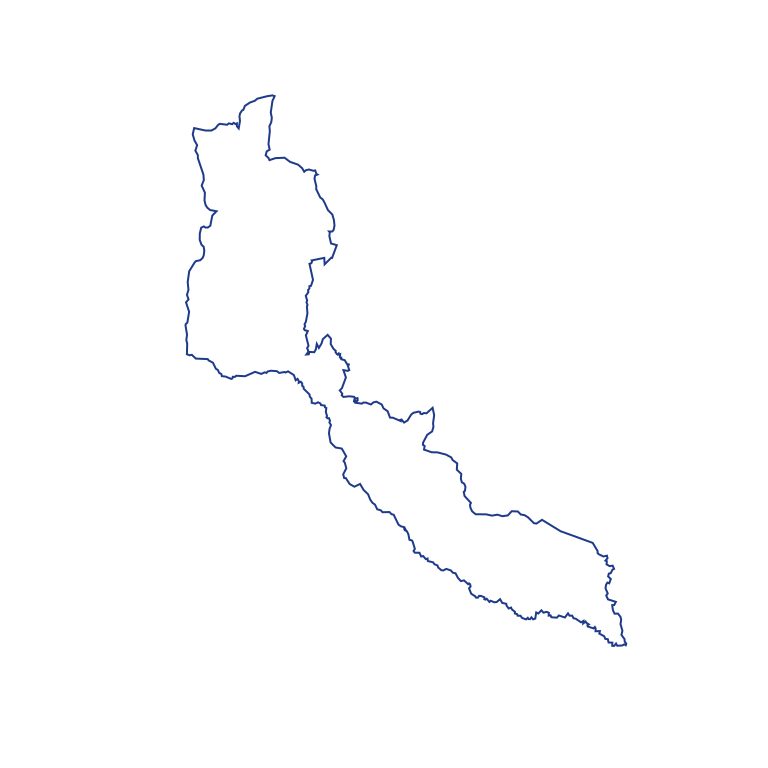 the district of Ibarra, Carchi, Ecuador, rotated 168°
{"feature_id": "8360857B37631210722611", "entity_name": "Ibarra", "entity_type": "district", "adm_level": 2, "iso_a3": "ECU", "parent_name": "Ecuador", "parent_adm1": "Carchi", "projection": "robinson", "projection_center": [-78.188, 0.517], "detail": "fine", "context": "isolated", "style": "outline", "palette": "blue", "viewbox_px": 768, "rotation_deg": 168, "n_neighbors": 0, "source": "geoboundaries", "source_scale": "gbopen_adm2", "svg_char_len": 6145}
<svg xmlns="http://www.w3.org/2000/svg" viewBox="0 0 768 768"><g transform="rotate(168 384 384)"><path d="M406.9,607.2L408.9,607.3L412.8,609.4L415.8,609.4L417.9,608.2L419.2,612.1L422.4,616.4L429.7,620.8L434.2,626.0L443.2,627.5L449.5,626.8L450.0,629.2L452.2,632.3L450.3,636.0L447.1,637.0L447.1,642.7L443.1,655.1L442.5,660.0L439.9,663.4L438.4,667.6L438.3,673.2L434.2,684.2L431.1,688.3L433.2,689.5L438.7,689.8L448.7,689.4L451.4,687.9L456.5,687.2L462.2,685.0L464.6,681.4L466.0,681.1L468.6,678.5L469.7,675.9L470.2,671.2L473.0,664.2L474.3,666.7L473.7,669.5L475.3,669.2L476.8,670.7L478.5,669.7L481.5,671.2L483.5,670.2L490.5,672.6L492.3,672.0L495.8,669.1L500.2,667.8L505.8,669.0L516.5,673.8L519.2,667.9L518.7,661.3L517.1,656.5L520.0,651.5L518.5,646.6L519.1,643.5L517.1,626.4L517.8,621.0L521.1,616.0L519.4,608.4L521.4,600.9L521.3,596.2L520.2,593.2L517.9,590.3L511.9,587.8L516.9,584.5L521.0,574.9L523.8,573.7L526.1,574.2L527.5,575.6L530.3,574.9L532.9,569.5L534.3,563.2L533.5,558.0L531.9,555.9L532.0,552.0L533.5,547.5L535.1,545.1L538.0,543.3L542.5,543.3L543.8,542.4L551.1,534.8L554.8,524.6L555.7,516.7L558.2,512.2L557.6,507.4L560.7,505.0L559.6,495.2L563.6,484.9L565.5,483.8L566.0,482.4L566.4,473.2L568.2,468.2L568.1,464.4L570.6,454.1L568.2,452.5L565.9,452.5L562.8,448.0L551.2,445.0L550.7,443.6L546.9,440.4L545.3,433.9L543.5,432.1L543.0,429.3L541.0,427.5L541.0,425.4L537.4,424.2L532.5,420.8L531.2,420.9L530.4,422.5L528.3,421.9L526.9,422.8L518.3,420.5L507.6,422.7L502.0,419.4L498.4,420.2L496.6,419.3L495.3,420.4L491.9,420.5L486.1,418.8L484.2,416.6L478.7,416.4L478.0,415.7L475.2,416.3L470.3,411.5L469.6,406.0L467.5,407.0L466.7,404.6L467.2,402.9L464.9,403.5L463.9,401.6L464.4,399.2L463.3,398.1L463.5,396.0L459.0,389.2L459.2,387.1L457.9,384.7L458.6,380.6L455.3,379.1L452.3,379.8L450.2,378.1L450.0,376.5L446.5,375.2L446.5,373.4L445.4,372.5L446.7,368.8L446.4,364.5L447.2,363.4L446.4,362.2L444.9,362.0L444.5,359.2L445.4,357.7L444.4,354.8L446.6,351.4L448.1,347.1L448.4,337.9L444.6,332.0L438.7,329.6L436.0,321.1L439.6,317.0L438.7,315.2L438.4,309.4L442.7,304.1L442.5,300.3L440.9,299.9L438.4,293.3L434.3,289.7L428.2,291.2L426.0,284.6L422.5,279.5L421.5,273.8L420.0,270.2L417.9,267.9L416.7,262.9L413.4,261.1L412.1,258.9L405.3,257.6L403.7,255.1L401.7,254.1L399.1,243.5L397.1,241.3L393.9,239.7L393.3,237.7L394.3,237.8L394.1,236.7L392.2,235.2L391.4,231.9L391.5,226.3L389.1,225.1L388.7,223.4L388.1,216.3L389.8,214.5L389.0,212.6L384.4,211.6L383.5,207.5L381.5,207.6L379.5,204.0L377.7,204.2L377.9,201.7L373.1,199.4L372.0,197.1L369.4,195.4L369.1,193.2L366.6,189.9L364.7,189.3L361.6,190.2L357.4,187.8L355.9,185.1L353.4,184.0L352.0,179.0L349.8,175.2L346.6,175.3L343.3,170.7L342.3,171.3L341.4,170.2L341.4,167.9L343.3,166.5L342.3,160.7L338.9,157.4L338.5,156.0L336.6,155.5L335.0,157.0L333.1,156.5L330.1,154.4L330.6,152.6L329.5,152.0L328.2,152.6L326.2,148.9L324.7,149.8L321.6,147.6L319.1,147.3L315.2,149.4L313.9,145.3L310.1,143.6L310.2,141.7L308.7,138.5L306.2,138.9L305.7,136.8L303.3,134.0L303.7,132.3L301.6,131.2L301.5,129.6L298.6,128.9L297.7,126.6L294.0,124.2L292.0,125.4L291.5,124.0L290.1,123.6L288.3,125.1L287.1,122.8L284.8,123.1L282.6,128.9L280.8,127.4L277.1,129.9L275.6,127.2L272.2,127.3L270.3,125.9L271.1,123.2L269.2,123.1L268.8,121.1L267.6,120.7L263.5,119.5L261.1,121.2L255.6,118.0L251.7,121.4L250.7,118.8L248.1,118.3L247.3,115.4L245.3,114.6L240.8,109.9L238.2,110.8L238.9,108.4L236.2,109.8L236.0,108.7L233.7,106.3L235.1,105.9L235.2,104.5L229.9,101.4L228.3,102.5L227.8,101.0L228.5,98.2L224.2,97.4L225.3,95.1L221.1,91.5L220.5,88.7L218.1,87.8L218.1,84.5L214.4,83.5L215.2,80.5L213.4,79.9L211.0,81.9L210.3,79.5L205.3,78.7L203.2,79.4L201.8,78.2L201.0,79.7L202.1,82.0L201.8,84.5L203.9,89.2L202.1,93.1L202.6,99.9L201.0,104.2L201.1,107.1L202.9,110.8L206.2,111.4L207.1,115.0L206.8,120.2L204.7,120.0L202.5,122.7L209.7,126.8L210.6,130.9L208.7,132.6L209.8,138.1L208.5,141.5L206.8,143.3L205.2,142.2L202.7,146.1L204.8,149.2L203.5,151.8L201.6,151.8L199.1,154.9L197.4,155.3L198.1,158.8L201.1,158.9L203.8,161.3L202.9,164.3L204.1,165.2L201.6,167.1L201.6,169.7L205.3,169.7L209.5,173.0L210.2,174.4L209.8,176.2L212.9,185.2L241.9,203.3L257.7,218.3L263.9,215.8L266.3,216.7L270.9,223.7L273.8,226.5L277.3,227.9L279.6,231.5L285.6,233.0L290.2,229.7L295.7,230.1L300.2,232.6L305.7,232.8L311.3,235.3L321.3,237.5L322.3,238.6L324.3,241.2L325.2,245.1L324.9,248.2L323.7,249.6L328.5,257.7L328.4,261.9L327.0,262.7L325.7,266.5L326.3,269.8L328.3,271.7L328.5,275.4L327.1,280.0L330.6,285.0L328.9,291.1L332.7,295.4L333.5,298.2L337.9,302.0L345.9,306.0L351.5,307.3L358.5,311.5L357.1,314.9L358.6,316.4L358.0,318.5L352.3,325.3L346.8,327.6L344.6,331.7L344.1,335.6L341.4,343.1L341.4,350.6L348.5,346.5L351.0,347.3L353.1,346.6L354.5,347.3L354.5,349.1L355.8,349.8L361.3,349.7L363.7,348.5L368.6,343.4L372.4,342.1L374.2,345.6L375.5,345.5L375.5,344.4L382.4,349.2L385.1,349.9L386.1,356.6L389.5,360.2L390.5,364.4L395.1,368.3L398.2,368.2L401.1,366.7L405.4,369.5L408.1,370.1L409.7,369.4L416.1,371.7L417.0,373.4L416.3,374.8L415.8,373.4L414.0,372.9L413.1,373.5L412.9,375.7L414.7,375.6L416.0,377.7L420.5,379.2L426.4,379.8L427.7,381.8L426.8,383.2L428.6,386.9L426.0,388.7L419.9,398.3L420.8,406.0L416.8,404.4L415.1,404.8L415.6,409.7L413.6,410.5L415.8,410.7L417.5,415.5L420.3,416.9L420.3,418.2L420.9,417.8L421.6,419.5L420.7,422.2L421.7,422.0L421.9,423.3L423.3,422.4L424.0,423.3L424.8,425.4L424.3,426.4L426.2,429.1L427.8,434.1L426.5,439.4L428.9,443.8L434.5,440.6L436.7,436.6L440.2,432.8L441.4,437.2L443.5,432.0L445.6,429.6L450.3,430.9L451.4,428.7L453.8,429.0L451.6,430.9L451.2,432.8L451.8,435.1L449.9,437.0L450.3,447.8L447.5,451.6L450.3,453.1L450.9,454.5L449.1,457.0L449.3,459.0L447.5,461.1L444.2,469.0L443.3,475.9L442.4,477.1L442.8,480.1L441.8,481.6L442.2,486.5L438.9,489.5L438.8,491.6L437.2,492.8L436.6,495.2L435.0,495.2L431.8,500.6L431.9,517.1L430.0,517.2L428.6,519.3L428.9,519.9L416.2,519.8L417.2,513.4L409.3,518.5L408.6,518.1L401.3,529.6L406.6,532.5L406.7,540.0L405.5,543.6L406.0,544.6L403.0,543.9L401.3,545.1L399.5,549.2L398.9,554.7L399.3,560.5L402.7,565.8L404.4,573.6L405.6,577.4L407.6,579.7L409.8,588.6L409.1,591.7L409.3,599.2L408.0,602.4L405.5,602.7L406.5,603.8L406.9,607.2Z" fill="none" stroke="#1e3a8a" stroke-width="2"/></g></svg>